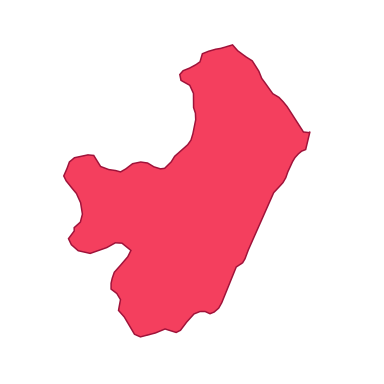 the district of Gangneung-si, Gangwon, South Korea, rotated 68°
{"feature_id": "91817680B99242230797556", "entity_name": "Gangneung-si", "entity_type": "district", "adm_level": 2, "iso_a3": "KOR", "parent_name": "South Korea", "parent_adm1": "Gangwon", "projection": "robinson", "projection_center": [128.801, 37.705], "detail": "fine", "context": "isolated", "style": "filled", "palette": "rose", "viewbox_px": 384, "rotation_deg": 68, "n_neighbors": 0, "source": "geoboundaries", "source_scale": "gbopen_adm2", "svg_char_len": 1462}
<svg xmlns="http://www.w3.org/2000/svg" viewBox="0 0 384 384"><g transform="rotate(68 192 192)"><path d="M70.8,99.3L69.6,111.6L68.5,116.5L67.7,123.9L67.7,130.2L67.7,130.6L74.3,135.8L75.4,140.7L76.2,147.8L76.2,154.8L78.5,159.3L84.4,160.4L92.2,154.1L101.1,153.7L114.3,158.9L120.2,159.3L126.4,161.5L138.4,169.4L143.5,173.5L146.6,178.3L152.4,194.7L156.3,200.0L159.8,208.5L158.7,212.6L154.4,217.9L148.5,222.3L145.0,228.3L143.5,236.5L145.8,244.8L146.6,250.7L143.5,254.8L140.0,260.8L134.1,267.2L127.9,268.3L121.3,269.4L118.6,274.6L116.2,288.1L116.3,288.5L118.2,294.4L123.2,298.9L129.1,304.9L134.5,304.5L144.2,301.6L150.1,299.7L160.2,299.3L171.5,301.9L178.1,306.8L180.9,314.6L184.0,315.8L189.0,324.0L195.7,323.6L203.8,319.5L210.8,309.4L211.6,291.8L210.4,282.1L213.2,276.1L223.3,270.5L228.0,275.8L233.4,286.2L237.3,294.1L242.0,298.2L246.3,301.2L251.7,303.4L258.0,299.7L265.0,298.6L271.4,302.7L274.3,304.5L282.5,301.6L302.4,298.6L307.0,294.1L309.0,278.7L308.9,268.3L316.3,259.3L315.9,254.5L310.5,245.5L305.8,235.8L305.8,229.4L307.7,224.6L311.6,220.9L311.6,216.4L309.7,210.8L305.8,205.9L278.1,179.1L276.6,171.6L273.8,167.9L266.8,161.5L223.2,116.5L220.1,109.8L217.4,104.2L213.9,99.7L209.2,95.6L205.0,91.1L201.5,87.4L198.7,83.7L196.4,78.9L195.2,75.1L195.2,70.7L180.2,60.0L180.9,61.0L178.1,66.2L148.6,71.8L142.7,73.6L136.9,75.9L131.1,80.3L118.6,83.3L112.8,84.8L105.0,84.8L93.0,87.0L86.7,91.5L78.2,96.7L70.8,99.3Z" fill="#f43f5e" stroke="#9f1239" stroke-width="1.5"/></g></svg>